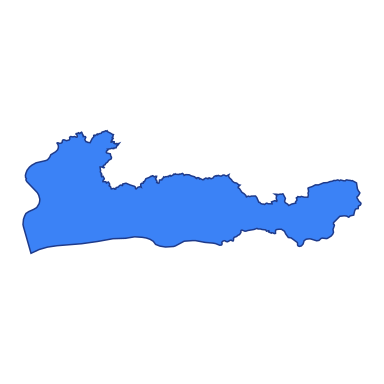 outline of Shannon Lea-7, Clare, Ireland
{"feature_id": "5873133B70608760855162", "entity_name": "Shannon Lea-7", "entity_type": "district", "adm_level": 2, "iso_a3": "IRL", "parent_name": "Ireland", "parent_adm1": "Clare", "projection": "natural_earth1", "projection_center": [-8.747, 52.732], "detail": "fine", "context": "isolated", "style": "filled", "palette": "blue", "viewbox_px": 384, "rotation_deg": 0, "n_neighbors": 0, "source": "geoboundaries", "source_scale": "gbopen_adm2", "svg_char_len": 6040}
<svg xmlns="http://www.w3.org/2000/svg" viewBox="0 0 384 384"><path d="M301.4,245.9L303.1,244.0L304.1,240.7L306.2,239.2L309.5,238.8L310.9,239.0L316.7,240.8L319.0,240.4L321.0,238.5L322.3,238.1L326.4,238.6L327.4,238.4L331.2,236.0L332.7,234.2L333.5,232.3L333.0,229.5L334.4,225.4L334.2,224.7L333.5,224.2L333.5,222.7L339.8,216.3L344.3,215.8L346.8,216.1L348.5,217.2L349.1,217.0L350.1,215.9L353.7,215.1L354.7,210.8L355.4,209.4L356.2,208.8L358.2,208.6L358.4,206.1L360.3,205.1L361.0,203.8L360.7,202.8L359.0,201.3L357.0,197.9L356.9,197.0L358.3,195.7L359.7,193.4L359.8,192.7L358.3,190.7L357.4,188.8L356.5,182.9L352.3,180.6L351.7,180.8L349.8,180.3L349.1,180.4L346.8,179.9L346.1,180.0L345.3,180.8L343.9,180.8L340.6,180.0L339.6,180.7L337.8,179.9L335.3,180.6L334.0,180.4L332.3,181.2L329.9,181.6L327.4,182.6L323.6,182.8L318.5,184.9L315.3,184.9L312.1,186.6L309.0,187.6L308.0,188.2L308.6,191.4L308.0,193.1L308.4,195.0L307.8,197.2L304.4,197.2L301.2,196.4L300.3,197.0L297.8,196.6L297.4,197.6L296.5,197.6L296.3,197.9L297.0,200.0L295.5,202.0L295.7,203.1L291.8,204.0L288.8,205.5L287.6,204.1L285.4,202.8L284.7,201.7L284.6,201.1L285.4,198.4L283.0,193.9L282.4,193.9L281.4,194.3L280.2,194.1L278.2,194.6L277.0,194.3L274.9,194.2L276.1,195.0L276.8,196.0L276.4,196.6L276.2,198.3L277.0,200.6L276.7,201.4L275.0,200.6L271.5,201.9L272.1,203.8L268.2,203.8L267.0,203.2L266.3,203.2L265.2,204.1L264.3,204.5L263.9,204.1L262.5,204.1L260.6,203.5L259.8,202.4L258.8,202.3L256.8,197.6L255.5,196.0L251.4,196.1L249.7,196.6L248.3,196.1L246.4,196.9L245.8,195.4L244.1,193.7L241.9,192.3L239.4,188.5L238.2,187.8L238.2,186.8L240.0,185.1L238.7,184.8L236.7,183.1L234.3,182.6L232.4,181.2L231.5,179.7L229.5,177.9L228.7,176.5L228.5,175.7L228.9,174.7L226.6,175.9L225.7,175.8L224.1,175.0L222.9,175.1L221.5,176.0L220.9,176.1L219.2,175.8L218.5,175.4L217.8,175.8L217.0,175.5L216.3,176.1L215.7,175.8L214.1,176.5L213.0,178.0L211.3,178.7L210.4,178.5L210.2,178.2L209.1,177.8L208.8,178.4L208.1,178.3L208.0,178.7L207.4,178.7L205.9,178.0L203.9,179.1L203.8,179.6L202.8,179.8L200.0,178.5L199.5,178.9L198.8,177.7L197.0,177.7L196.7,178.5L195.6,177.9L194.7,176.8L191.1,175.8L189.2,174.8L185.8,174.6L184.1,175.4L183.9,174.7L182.5,173.4L180.5,174.1L179.3,174.1L179.0,174.5L175.2,174.2L175.1,173.9L174.4,174.4L173.8,174.1L173.0,175.0L170.9,176.2L170.2,175.4L169.8,175.7L169.3,175.6L168.4,176.6L168.1,176.3L166.8,176.7L165.5,176.7L164.2,177.3L163.7,176.9L162.6,178.8L162.1,178.9L161.8,179.9L159.5,180.0L159.1,182.9L158.1,183.3L157.4,182.6L156.7,182.5L157.0,181.5L156.5,180.1L156.0,180.0L155.5,178.9L155.6,178.3L156.3,177.8L156.6,176.3L155.3,176.3L154.2,176.9L153.0,175.8L152.3,175.7L151.7,176.4L151.0,176.2L149.3,177.4L145.9,178.7L144.4,181.7L143.5,181.7L143.2,183.2L141.7,183.3L140.7,184.1L140.7,185.6L141.2,187.1L140.7,186.8L139.7,186.8L138.0,187.2L136.2,188.9L135.6,188.7L135.2,186.9L134.4,186.3L130.0,184.9L126.0,183.2L122.7,184.0L122.5,185.5L122.1,185.6L121.0,185.0L119.5,185.6L118.4,187.0L116.1,187.6L115.7,189.1L114.6,189.1L114.4,188.6L113.8,188.4L111.3,188.9L110.6,186.8L109.7,186.2L109.7,185.8L109.2,185.7L109.6,184.8L109.5,183.7L108.3,182.0L106.4,183.0L105.8,181.7L102.9,181.6L103.1,180.2L104.1,179.3L104.3,178.6L103.0,176.3L101.8,176.8L101.4,176.2L101.3,175.6L101.6,175.4L101.2,174.4L101.7,174.2L101.4,173.3L100.7,172.7L100.3,171.8L100.6,170.7L100.0,167.0L101.3,166.9L103.8,167.8L104.2,167.6L103.1,166.1L104.0,165.1L105.1,164.7L105.7,163.4L107.5,162.1L108.7,160.3L111.3,158.8L111.5,157.2L110.8,156.1L110.3,153.8L106.8,153.0L106.3,152.4L106.5,151.0L107.6,150.4L108.0,149.6L107.6,149.2L110.7,148.7L111.8,148.3L113.1,148.7L113.4,148.2L113.9,148.1L114.1,148.3L114.3,148.0L116.1,147.8L116.8,145.9L117.2,145.5L117.6,145.5L119.2,143.3L117.4,144.0L116.8,143.9L116.7,143.5L115.3,143.9L113.9,143.1L114.4,142.2L114.2,141.7L112.8,141.6L111.8,142.1L111.1,142.1L111.2,141.2L112.0,141.0L111.7,140.6L112.4,139.6L112.1,139.2L112.7,139.0L113.2,138.3L112.2,137.3L112.9,136.6L113.1,135.9L112.9,135.6L113.4,134.6L112.5,134.4L110.2,133.0L107.9,131.9L107.1,130.7L106.4,131.2L105.6,130.8L103.8,131.8L103.6,131.6L102.0,132.1L101.2,133.3L99.1,133.7L97.6,134.7L97.2,134.0L95.2,135.6L94.2,135.1L93.7,135.4L93.8,136.8L92.2,138.5L90.1,142.7L87.4,142.3L86.9,141.8L86.0,141.7L84.8,139.7L85.8,137.3L85.3,136.6L83.3,136.6L83.5,135.9L82.7,134.9L82.8,134.5L82.2,133.8L82.1,133.0L81.6,132.2L80.6,132.7L79.7,133.6L79.1,133.5L78.9,132.9L78.5,132.7L77.7,133.3L76.1,133.6L76.0,134.1L76.8,134.8L77.2,135.5L77.3,136.7L76.8,137.2L76.2,137.2L74.7,136.5L72.8,136.9L70.7,136.5L69.6,137.3L69.8,139.0L69.2,140.0L66.4,140.7L64.4,139.9L63.2,139.8L62.8,140.1L62.3,141.0L62.1,142.5L61.0,143.2L59.5,143.4L58.5,142.9L57.4,142.8L57.0,143.1L58.1,144.8L58.4,146.5L58.3,147.9L57.6,149.8L55.6,151.8L50.8,154.7L49.7,157.2L47.9,159.4L47.0,160.1L45.3,160.7L36.1,162.8L31.8,165.2L29.5,167.1L27.1,170.2L26.0,173.0L25.4,175.3L25.6,177.7L26.4,178.5L25.9,179.9L26.8,181.6L37.3,192.6L38.7,195.1L39.8,199.1L39.7,201.0L39.2,203.5L37.1,207.0L36.3,207.8L33.8,209.3L28.7,211.6L25.9,213.5L24.6,216.1L23.5,219.2L23.0,224.5L23.5,226.9L31.0,253.3L39.2,249.5L47.5,247.1L57.1,245.7L81.8,243.7L97.4,241.5L113.0,238.7L125.5,238.3L134.7,236.8L142.2,237.3L146.3,238.0L150.1,239.3L153.3,241.3L155.6,244.4L159.9,246.1L165.5,247.0L173.6,246.5L175.4,245.9L184.2,241.2L192.4,240.6L195.5,240.6L205.0,242.4L213.0,243.1L215.6,243.6L219.6,245.2L221.2,245.1L221.8,244.7L222.1,243.8L221.8,242.7L222.0,242.0L223.0,241.1L224.1,240.7L225.1,240.8L226.0,241.5L227.3,241.8L228.6,241.3L229.7,240.5L231.1,240.1L232.3,240.9L233.2,240.9L233.6,239.8L233.4,238.9L234.2,237.3L236.6,236.5L237.9,235.3L239.5,234.6L240.9,232.5L240.9,230.9L241.3,230.2L242.1,230.1L244.9,231.2L246.1,231.1L247.9,230.5L253.9,229.5L257.0,228.4L258.0,229.0L260.5,229.0L262.0,229.5L265.7,229.9L266.5,231.2L269.5,230.6L269.1,230.8L268.7,232.0L271.3,233.1L271.5,232.7L272.9,232.9L274.4,233.6L275.5,233.4L275.5,230.6L276.0,229.9L276.7,229.5L279.2,229.2L281.5,229.3L284.5,231.3L285.7,233.9L288.3,237.5L291.1,237.9L297.2,242.4L297.5,242.9L297.6,245.1L298.2,246.0L299.5,246.4L301.4,245.9Z" fill="#3b82f6" stroke="#1e3a8a" stroke-width="1.5"/></svg>